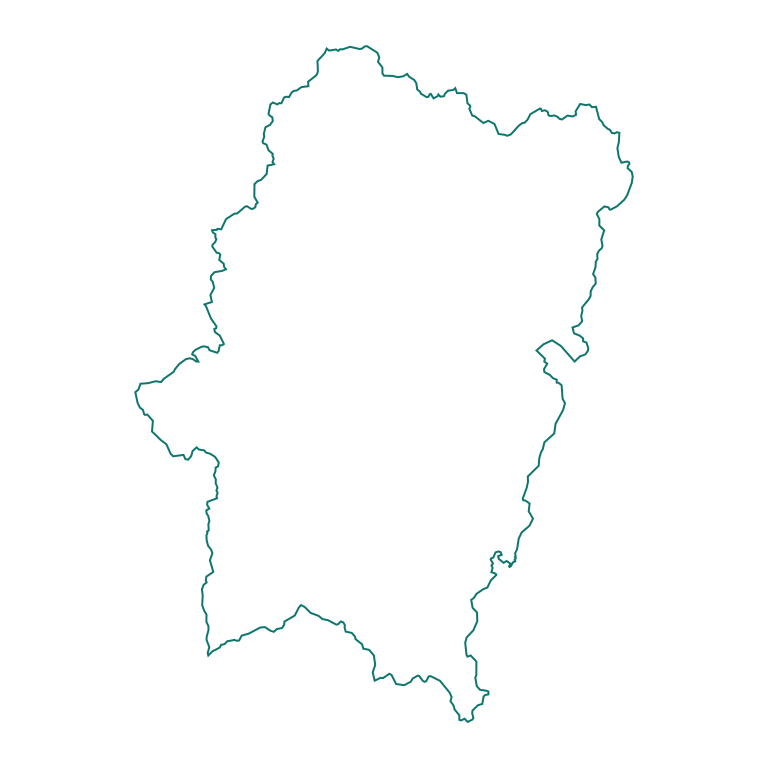 Melgar, Puno, Peru (orthographic projection)
{"feature_id": "86281439B3458988471442", "entity_name": "Melgar", "entity_type": "district", "adm_level": 2, "iso_a3": "PER", "parent_name": "Peru", "parent_adm1": "Puno", "projection": "orthographic", "projection_center": [-70.684, -14.635], "detail": "fine", "context": "isolated", "style": "outline", "palette": "teal", "viewbox_px": 768, "rotation_deg": 0, "n_neighbors": 0, "source": "geoboundaries", "source_scale": "gbopen_adm2", "svg_char_len": 6070}
<svg xmlns="http://www.w3.org/2000/svg" viewBox="0 0 768 768"><path d="M631.7,171.9L627.6,168.2L627.9,165.9L629.4,163.9L629.1,162.4L627.3,161.5L621.4,162.7L618.8,157.0L617.4,148.2L618.8,142.3L619.4,132.9L616.9,132.2L614.6,133.4L611.9,133.0L609.6,129.5L608.2,129.2L603.7,125.3L602.1,122.0L599.2,119.1L596.0,106.8L592.0,107.2L589.3,104.5L585.9,105.1L580.1,104.0L575.6,111.4L576.1,114.7L572.7,116.5L567.5,115.6L561.9,119.5L559.4,118.8L557.4,116.7L554.3,115.5L549.9,116.0L548.4,115.1L547.9,112.3L546.7,111.1L544.8,110.3L541.8,111.0L540.9,108.8L540.1,108.5L530.3,114.2L527.6,119.6L524.8,122.6L522.2,123.2L518.6,125.8L510.9,134.4L507.1,135.8L505.4,134.9L498.6,134.0L494.5,124.0L488.3,120.8L483.4,123.0L474.8,116.3L472.2,115.5L469.3,108.6L470.3,107.1L470.0,105.5L467.5,103.3L466.4,94.7L463.6,93.1L457.0,93.1L455.3,88.2L453.2,90.0L448.0,90.7L444.9,93.8L444.0,96.2L440.5,96.7L438.4,94.5L437.9,95.9L433.6,98.4L430.8,93.9L429.6,94.3L428.4,96.8L426.5,97.1L420.7,93.5L420.2,91.9L417.2,89.4L416.3,83.2L414.3,80.0L409.1,76.7L407.1,73.9L403.3,76.3L397.9,77.2L392.4,75.9L384.0,75.7L382.4,73.3L382.4,67.5L378.0,61.8L379.3,57.4L377.3,52.7L366.9,46.1L364.7,46.5L361.8,48.7L359.5,49.0L350.1,46.8L342.5,49.4L340.1,49.2L338.2,50.9L335.9,49.5L329.1,50.6L326.7,48.6L324.7,53.2L317.5,60.9L317.9,71.4L317.2,73.6L316.2,75.4L308.1,81.7L308.4,86.2L301.4,87.1L296.8,90.5L293.7,90.9L291.7,92.5L289.0,97.1L286.2,96.7L284.1,97.5L281.4,103.3L279.2,103.1L277.4,104.4L272.8,102.5L270.4,104.5L268.5,113.9L269.3,115.3L272.3,117.3L272.8,121.0L270.0,124.9L265.5,127.2L263.8,133.9L264.2,136.8L262.5,141.6L263.2,143.2L266.5,144.6L268.5,150.2L272.8,154.0L272.4,155.7L273.7,158.8L272.5,161.9L274.1,164.2L267.6,165.6L266.6,174.0L261.1,179.9L257.6,181.1L254.5,184.1L254.3,196.7L257.7,202.7L255.9,204.2L255.3,207.1L253.6,208.5L251.4,209.0L246.9,206.2L245.0,206.7L237.3,213.4L234.2,213.8L226.1,219.0L221.2,229.3L217.5,228.8L216.8,229.9L212.1,230.2L212.8,232.4L215.5,234.3L215.3,237.4L216.4,239.1L215.2,242.0L212.5,244.9L212.3,246.5L216.6,252.7L219.2,253.3L220.3,254.7L219.2,259.9L223.7,263.7L224.0,266.7L226.0,269.3L222.1,270.9L214.5,272.2L211.1,275.8L210.8,279.4L212.8,281.9L214.2,287.9L210.4,295.0L211.9,302.0L204.5,304.4L206.0,306.2L211.0,318.6L216.5,326.4L216.2,328.2L214.3,329.0L214.9,332.0L219.8,335.6L223.9,344.0L222.2,345.2L219.8,345.3L218.5,351.2L217.2,352.8L209.5,350.2L207.9,347.2L204.4,346.4L201.7,346.7L195.5,349.8L192.9,352.3L192.2,354.3L195.3,356.1L198.3,361.6L196.3,361.5L192.9,359.1L189.6,358.3L186.0,359.1L179.2,364.0L174.9,369.3L173.8,371.7L163.7,378.9L161.0,382.1L155.9,381.2L147.8,383.2L140.5,383.7L138.5,389.5L135.3,392.2L137.6,402.9L139.9,407.6L143.0,410.0L144.1,414.2L145.0,414.9L147.4,414.6L152.9,420.9L152.0,431.5L161.0,440.2L166.4,444.3L170.7,453.9L173.2,456.3L183.5,454.9L185.4,459.1L188.1,459.7L191.2,456.1L192.6,451.0L196.6,447.4L199.1,449.6L204.0,450.3L206.1,452.6L210.1,453.7L215.1,456.9L218.8,462.6L218.0,466.4L215.7,467.5L215.4,471.4L213.8,475.3L215.8,479.3L215.7,483.2L217.5,487.7L216.4,490.4L217.6,492.8L216.5,496.2L217.0,498.3L207.5,501.8L207.1,504.7L209.3,508.6L206.3,510.3L206.7,513.7L208.2,515.9L209.4,520.7L208.4,524.2L208.7,530.5L207.1,531.4L207.4,533.2L206.4,535.5L206.7,540.4L208.0,545.6L211.1,549.6L212.4,553.4L209.9,560.3L213.3,571.9L206.4,576.6L205.8,580.4L206.6,582.5L203.6,584.8L201.9,589.5L202.7,595.2L202.2,605.3L204.2,610.8L206.5,614.5L206.4,621.8L208.4,626.0L208.5,630.0L206.6,637.2L206.6,640.1L209.3,647.0L207.7,653.1L208.3,655.5L212.2,651.5L219.6,647.6L221.2,644.8L224.5,644.2L227.2,641.3L234.6,639.9L236.6,640.8L239.1,640.5L241.7,635.6L248.6,633.7L260.3,627.5L264.8,627.1L270.4,630.7L273.9,631.8L276.7,629.1L282.1,628.0L284.2,624.7L284.4,621.6L294.8,615.5L298.8,607.6L301.0,605.1L304.7,607.0L310.6,612.9L318.6,615.9L322.5,619.1L327.8,620.1L336.3,624.6L338.1,624.2L340.9,621.4L343.3,622.4L344.9,625.2L344.6,627.7L345.7,631.6L351.7,632.9L355.1,636.7L355.5,639.1L362.1,644.3L363.3,648.6L369.2,649.9L373.9,655.5L375.2,665.0L372.7,672.4L374.7,680.7L380.5,677.8L383.0,678.1L389.3,673.8L391.5,674.9L396.1,684.0L404.2,685.2L410.8,681.7L412.7,678.5L417.7,675.7L419.1,675.9L422.8,680.8L424.6,681.8L426.2,681.2L428.7,676.4L430.7,676.2L440.0,680.8L449.7,692.7L451.6,697.1L450.5,701.3L453.6,705.5L454.5,709.3L459.3,715.3L459.4,719.9L461.3,720.4L464.5,718.7L467.7,721.9L472.2,719.7L473.4,718.0L472.2,713.4L472.5,710.5L478.0,705.2L482.3,703.9L483.6,696.5L485.2,695.0L488.4,694.4L488.5,692.4L488.2,691.4L486.5,690.8L479.9,689.7L476.8,686.2L475.3,677.8L476.3,675.0L476.4,661.6L470.7,655.5L467.5,656.6L466.5,654.9L465.2,642.7L466.6,637.5L473.3,630.4L477.3,621.2L477.0,612.5L472.6,607.8L471.2,599.9L473.9,597.9L476.5,593.8L483.4,589.1L487.3,587.6L490.9,580.3L496.2,575.1L496.3,574.4L494.5,573.2L491.4,572.2L492.6,567.9L491.5,565.5L493.0,563.5L490.7,559.6L490.9,558.6L493.3,557.6L495.5,552.4L498.4,551.5L500.6,552.1L501.7,554.8L498.2,556.1L498.7,558.8L503.6,562.8L506.6,561.0L510.5,563.7L509.1,566.4L509.5,567.0L510.9,566.2L512.9,562.4L516.0,561.0L514.8,561.0L514.5,560.0L515.8,558.2L514.9,557.2L515.7,556.4L515.1,553.4L517.1,549.1L518.7,538.7L521.6,532.5L529.4,525.8L533.0,518.7L528.7,511.3L529.6,503.5L525.3,500.5L523.3,500.3L522.7,498.8L526.7,487.8L528.0,481.8L527.8,476.5L538.7,465.8L539.3,458.2L541.0,452.3L542.8,449.1L544.4,442.3L554.2,433.5L555.6,423.7L563.0,410.2L565.0,403.2L562.6,398.8L561.6,385.2L558.7,382.9L556.7,382.6L556.7,379.7L552.9,378.1L549.9,375.0L544.4,372.1L544.0,369.2L547.2,363.7L544.3,361.6L544.9,358.6L536.5,350.5L543.5,344.3L552.1,340.3L560.8,345.9L574.6,361.5L580.1,356.3L585.4,354.4L588.0,350.6L588.3,348.1L586.4,342.5L583.1,341.3L583.1,338.4L579.8,335.7L574.0,333.3L572.5,327.5L578.7,325.3L582.2,321.1L581.2,316.1L582.4,310.9L582.1,307.4L588.7,299.4L590.6,295.9L590.7,291.3L592.7,287.2L595.7,283.6L595.4,277.5L593.1,274.2L595.5,267.1L595.8,261.6L597.5,258.9L597.2,254.1L599.1,250.5L601.7,248.3L602.5,246.1L601.3,239.4L604.2,230.4L599.3,225.6L599.4,219.1L596.8,214.0L597.8,211.9L604.5,206.4L608.7,207.5L609.5,209.5L610.6,209.7L617.0,206.3L624.1,199.9L627.1,195.4L631.8,182.8L632.7,176.5L631.7,171.9Z" fill="none" stroke="#0f766e" stroke-width="2"/></svg>